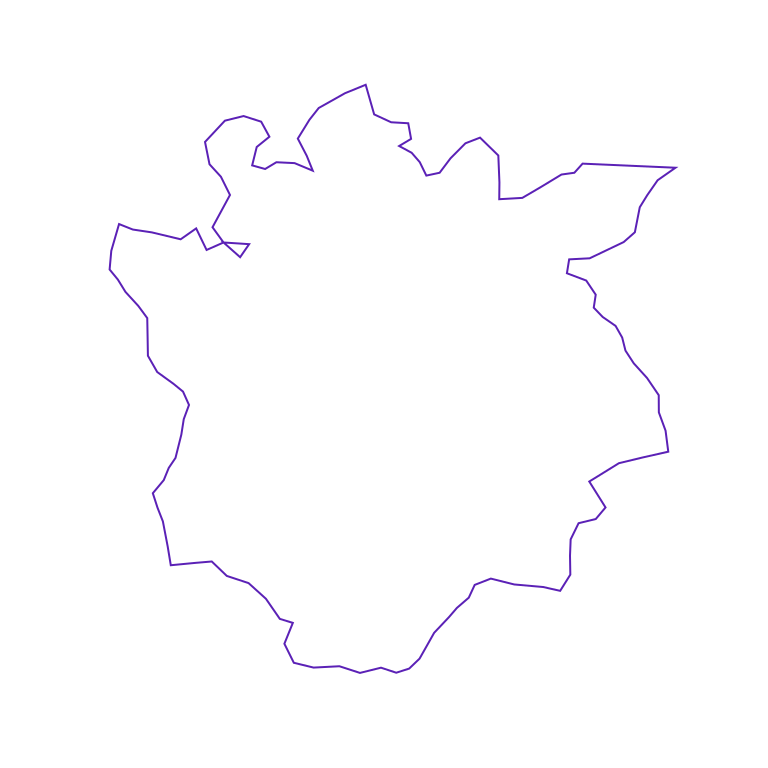 outline of Cerquilho, São Paulo, Brazil, rotated 100°
{"feature_id": "56859067B20358363465828", "entity_name": "Cerquilho", "entity_type": "district", "adm_level": 2, "iso_a3": "BRA", "parent_name": "Brazil", "parent_adm1": "São Paulo", "projection": "albers", "projection_center": [-47.765, -23.188], "detail": "fine", "context": "isolated", "style": "outline", "palette": "violet", "viewbox_px": 768, "rotation_deg": 100, "n_neighbors": 0, "source": "geoboundaries", "source_scale": "gbopen_adm2", "svg_char_len": 1760}
<svg xmlns="http://www.w3.org/2000/svg" viewBox="0 0 768 768"><g transform="rotate(100 384 384)"><path d="M600.3,505.5L603.6,482.8L616.0,463.0L633.4,445.8L635.1,432.3L657.1,437.0L674.2,424.4L675.5,404.1L669.7,378.9L672.7,357.5L663.9,337.7L666.2,321.8L659.9,309.8L648.3,301.3L634.2,296.3L620.3,291.4L602.4,279.6L591.8,273.3L579.7,263.4L566.1,259.8L557.1,245.0L558.8,220.9L556.3,192.1L557.1,174.6L539.4,167.4L520.8,171.0L504.6,173.2L487.3,168.2L480.2,152.0L467.1,144.4L444.4,164.9L421.2,138.9L411.6,116.9L401.3,92.3L381.1,98.6L364.2,108.4L347.3,111.5L332.4,126.0L320.3,141.6L309.2,152.0L296.9,157.5L286.6,166.0L280.0,180.3L272.4,190.7L259.3,191.0L247.0,202.8L243.2,223.1L229.1,223.3L224.5,203.3L202.6,172.6L191.0,163.3L165.5,162.8L152.2,157.5L135.8,149.9L120.4,134.5L132.5,226.7L142.9,233.2L146.9,245.6L162.5,263.4L176.7,280.1L182.0,302.6L165.6,305.3L139.1,311.1L124.7,332.2L132.8,345.6L150.2,357.7L166.3,365.9L171.4,378.5L159.3,387.3L151.5,396.9L147.0,410.4L137.9,399.9L123.0,405.4L125.0,422.4L120.2,440.5L92.5,454.0L104.4,472.9L123.5,496.2L136.7,503.3L157.3,511.5L172.7,499.7L186.3,491.2L182.0,510.4L184.3,528.5L192.9,538.4L191.6,551.8L172.7,550.5L160.4,539.8L147.0,550.5L144.5,568.8L152.3,586.4L176.7,602.3L197.9,594.0L208.2,580.6L224.6,568.5L240.2,573.7L259.4,580.1L272.5,566.6L282.8,582.0L263.4,596.0L276.8,609.4L275.0,639.0L275.5,658.2L272.5,672.7L300.2,675.7L318.9,674.1L327.4,664.2L338.2,654.6L349.8,639.5L360.2,628.6L378.6,625.0L397.2,621.4L411.6,609.4L420.4,591.3L426.4,580.6L438.5,572.4L453.4,575.1L469.0,574.8L493.0,576.5L504.0,581.4L516.9,584.2L531.7,592.7L545.1,585.6L557.7,577.9L581.6,568.8L599.5,562.5L593.0,539.0L588.7,522.8L600.3,505.5ZM272.5,566.6L269.7,541.1L284.1,547.7L272.5,566.6Z" fill="none" stroke="#5b21b6" stroke-width="2"/></g></svg>